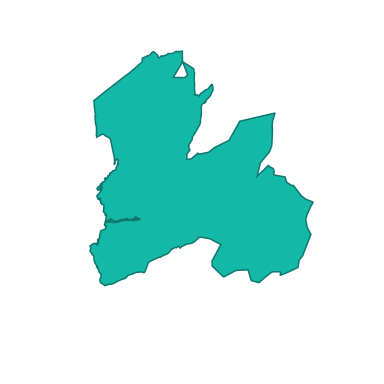 Skien nor, Telemark, Norway, rotated 116°
{"feature_id": "86288312B28765776683305", "entity_name": "Skien nor", "entity_type": "district", "adm_level": 2, "iso_a3": "NOR", "parent_name": "Norway", "parent_adm1": "Telemark", "projection": "robinson", "projection_center": [9.524, 59.266], "detail": "fine", "context": "isolated", "style": "filled", "palette": "teal", "viewbox_px": 384, "rotation_deg": 116, "n_neighbors": 0, "source": "geoboundaries", "source_scale": "gbopen_adm2", "svg_char_len": 6060}
<svg xmlns="http://www.w3.org/2000/svg" viewBox="0 0 384 384"><g transform="rotate(116 192 192)"><path d="M245.6,99.9L245.5,98.9L244.1,92.0L236.8,89.0L230.6,86.0L228.8,85.0L228.2,83.7L227.4,82.9L226.3,80.1L225.3,78.3L225.6,77.0L228.0,76.3L227.8,75.8L222.8,71.2L213.4,63.7L206.2,65.8L200.8,64.6L177.9,66.6L174.0,72.1L172.9,73.2L166.6,77.9L161.5,78.7L152.1,78.9L148.4,78.6L148.0,79.3L148.6,86.7L147.5,92.1L141.6,103.7L142.4,105.0L141.9,110.8L140.2,112.8L137.7,114.9L140.8,126.0L137.4,127.3L135.7,128.7L135.3,129.6L135.4,132.4L134.7,135.1L149.3,140.3L136.4,143.3L132.2,142.5L122.4,140.0L120.0,140.0L117.3,140.5L115.7,140.5L105.1,145.0L100.2,147.3L100.4,147.5L95.9,149.6L93.2,150.6L84.4,152.1L84.8,152.2L107.5,180.1L129.3,181.3L141.8,191.0L149.0,194.5L154.8,202.1L154.5,203.8L162.2,207.0L165.2,211.0L160.0,213.2L155.1,212.3L153.3,214.4L152.8,214.6L152.6,214.9L151.9,215.1L152.1,215.3L151.3,215.8L149.0,215.1L147.2,215.2L146.2,214.8L144.1,215.0L142.6,215.8L136.5,215.0L128.2,214.5L125.6,215.0L124.5,215.4L123.7,216.0L120.3,217.0L119.0,217.2L110.1,221.5L108.5,221.2L107.1,220.6L106.3,220.2L106.7,219.8L106.5,219.6L104.5,219.2L102.4,219.3L99.0,218.0L96.1,217.6L93.5,218.0L91.4,217.7L87.9,219.6L88.2,220.1L86.6,220.8L86.9,221.8L88.3,221.7L89.4,222.3L92.2,222.6L94.0,224.4L99.8,227.4L100.3,227.6L102.8,227.6L102.3,228.8L102.6,230.6L103.2,231.4L103.6,232.3L101.9,232.6L98.4,234.9L92.7,237.6L91.1,238.9L83.7,242.0L83.1,242.9L80.5,244.4L79.0,257.6L69.6,262.6L71.2,264.3L71.5,264.9L71.3,265.3L72.1,266.3L72.1,266.7L72.6,267.3L72.4,267.5L73.7,268.8L75.8,270.0L78.2,274.3L79.6,274.7L80.4,275.4L81.3,276.6L82.3,277.1L82.4,277.8L83.0,278.2L83.1,279.3L85.1,279.9L86.0,280.6L84.0,283.1L82.8,287.0L82.9,288.4L84.2,288.8L84.6,289.4L86.6,289.6L88.2,290.4L89.0,291.1L88.9,291.7L90.4,292.7L93.4,295.3L97.1,293.9L103.6,296.6L114.0,301.2L116.6,302.7L140.9,314.6L150.3,318.9L152.7,320.3L159.9,316.1L165.0,312.4L166.0,312.6L166.2,312.3L166.0,312.1L166.2,311.9L167.6,311.8L168.2,311.5L172.4,308.9L175.6,306.3L180.3,303.9L182.3,303.2L184.5,301.7L179.0,297.7L179.0,296.6L179.5,294.8L179.5,290.4L179.8,289.9L180.0,288.7L194.7,277.2L198.1,275.3L197.9,274.7L197.5,274.4L195.8,274.4L195.9,273.8L194.9,273.5L195.1,273.2L195.8,273.3L195.8,272.0L199.8,271.1L199.4,270.5L200.7,270.4L200.7,270.7L203.6,270.8L205.8,270.2L206.4,271.3L207.2,271.6L207.3,272.0L208.0,272.2L207.9,272.5L210.1,273.1L210.4,273.5L210.8,273.5L210.8,274.0L211.9,274.0L212.4,273.4L213.0,273.4L213.0,273.7L213.7,273.9L213.7,274.1L214.6,274.2L214.5,274.5L215.4,274.2L215.4,274.5L217.9,274.6L217.2,276.0L217.6,276.2L218.7,276.3L219.2,275.4L220.3,275.0L222.0,276.0L221.9,276.3L222.2,276.9L222.7,276.9L223.8,276.7L223.6,276.3L225.3,276.1L225.3,276.4L224.6,276.7L224.5,277.2L225.1,277.3L225.1,277.6L227.8,277.6L227.8,278.1L228.4,278.5L230.6,278.9L230.6,277.8L231.6,277.7L231.3,276.8L230.4,276.8L230.3,276.2L229.8,276.0L226.2,276.0L226.2,275.7L226.7,275.7L226.9,275.0L230.0,274.2L229.8,275.0L230.2,275.1L230.2,274.8L231.6,274.6L234.4,274.7L234.4,275.0L237.1,275.8L237.3,275.3L237.9,275.2L238.2,274.7L238.6,274.7L239.1,273.6L239.6,273.3L239.4,272.6L238.0,272.1L237.8,271.7L239.1,271.3L238.8,271.2L240.5,270.0L240.3,269.8L241.9,269.2L242.0,268.4L242.4,268.0L242.1,267.9L242.1,267.4L242.6,265.3L246.7,263.6L248.1,263.3L248.3,262.7L248.7,262.7L248.7,261.9L249.2,261.6L249.5,260.5L250.5,260.0L249.8,259.6L250.3,259.3L250.0,259.1L251.3,258.4L252.7,258.0L252.6,257.7L256.2,257.1L255.4,255.3L253.2,254.0L252.7,253.5L252.1,253.4L251.7,253.0L251.8,252.9L251.6,252.9L251.6,251.7L252.2,251.7L252.2,251.0L252.4,250.4L252.3,249.4L251.6,247.8L250.1,245.2L248.4,244.2L246.1,240.8L245.1,239.7L245.0,239.2L244.5,239.1L244.3,238.6L244.5,238.5L244.5,237.9L243.9,235.2L242.9,234.2L242.6,233.3L241.9,232.6L241.5,232.6L241.0,232.1L240.5,232.4L240.1,231.7L239.0,231.8L238.9,231.3L240.6,231.5L241.3,231.9L242.0,231.7L241.2,230.4L240.3,229.9L240.1,230.0L240.3,230.2L239.9,230.1L239.6,229.5L239.7,229.2L238.9,228.8L239.0,228.6L239.5,228.7L239.3,228.1L239.6,228.0L238.9,227.2L239.6,226.9L240.1,227.5L240.1,228.2L241.1,228.6L242.3,230.7L243.7,232.3L243.5,233.4L245.4,236.6L245.5,237.5L246.2,238.7L246.6,239.0L247.5,241.2L249.2,243.2L250.8,244.5L252.9,247.3L254.0,249.5L253.9,250.5L254.9,252.0L253.4,252.2L253.5,252.8L254.5,253.5L254.8,253.4L256.1,254.6L257.6,256.7L260.0,256.2L259.9,255.9L260.2,255.9L260.7,254.7L260.3,254.5L260.2,254.2L262.2,254.0L262.7,253.6L263.7,253.9L264.6,255.0L267.1,257.1L269.7,256.2L270.9,256.3L271.2,256.0L272.8,255.6L273.4,255.0L273.9,255.1L273.9,254.9L274.9,254.8L276.0,255.9L276.4,255.9L276.6,255.8L276.4,255.6L276.6,255.1L277.1,255.1L277.1,254.7L277.8,254.7L277.5,254.4L277.9,254.4L277.9,254.2L278.3,254.1L278.6,253.7L279.4,253.5L281.4,254.4L281.0,254.8L280.5,254.8L279.7,255.2L280.3,255.9L280.5,255.8L281.6,258.1L282.3,258.1L282.9,258.9L284.2,259.3L285.3,260.0L286.2,258.8L287.7,258.1L289.5,257.9L289.9,257.7L290.6,256.6L291.1,255.3L292.2,254.2L291.8,253.4L292.3,252.6L293.5,251.6L295.6,250.5L297.9,248.7L298.3,248.0L298.2,247.7L298.6,247.7L298.6,247.3L299.1,247.0L299.6,245.8L300.8,245.1L300.3,245.0L300.2,244.5L302.0,243.2L302.4,242.4L304.8,240.2L305.4,238.7L306.4,237.3L307.6,236.5L308.5,236.7L311.0,236.4L311.9,236.1L313.0,235.2L313.7,233.8L313.9,230.9L314.4,229.6L313.8,228.6L311.5,226.3L309.8,223.5L307.9,221.8L304.9,219.8L301.1,216.6L300.5,215.8L300.1,215.7L298.9,214.0L295.1,212.9L293.0,211.1L292.1,209.8L288.9,207.2L285.9,202.2L285.6,199.9L285.5,199.7L285.1,199.5L283.2,199.4L275.2,200.2L273.4,199.9L265.0,193.0L264.7,192.6L264.8,192.1L260.7,189.3L259.9,188.2L258.9,187.4L256.7,186.3L252.4,185.2L251.2,184.1L249.8,183.4L249.1,182.5L249.2,182.1L248.9,181.5L246.5,180.1L246.5,179.7L247.6,178.2L247.4,177.9L245.8,177.5L241.2,173.9L239.8,172.2L239.1,170.8L237.6,169.4L235.4,167.9L229.2,165.6L226.1,155.2L226.4,151.4L226.5,143.1L245.3,143.7L249.7,141.4L254.4,126.8L254.3,126.1L243.5,118.3L241.9,115.8L237.4,107.5L245.6,99.9ZM79.0,257.6L88.7,247.1L92.4,248.7L97.2,259.0L79.0,257.6ZM201.7,273.8L199.1,273.9L199.1,274.2L199.5,274.2L199.3,274.7L199.5,274.7L201.7,273.8Z" fill="#14b8a6" stroke="#0f766e" stroke-width="1.5"/></g></svg>